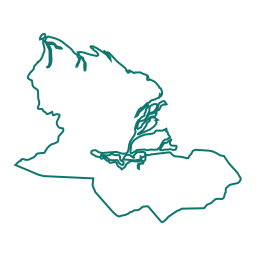 map outline of Delta Amacuro (orthographic projection)
{"feature_id": "VEN-65", "entity_name": "Delta Amacuro", "entity_type": "State", "adm_level": 1, "iso_a3": "VEN", "parent_name": "Venezuela", "parent_adm1": "", "projection": "orthographic", "projection_center": [-61.33, 8.902], "detail": "fine", "context": "isolated", "style": "outline", "palette": "teal", "viewbox_px": 256, "rotation_deg": 0, "n_neighbors": 0, "source": "natural_earth", "source_scale": "10m", "svg_char_len": 5828}
<svg xmlns="http://www.w3.org/2000/svg" viewBox="0 0 256 256"><path d="M223.9,156.0L228.9,163.3L237.4,172.8L240.6,178.1L240.6,179.7L239.5,181.6L238.0,183.0L230.6,184.6L229.2,185.3L226.3,187.9L225.7,189.2L225.8,192.2L224.9,193.5L224.2,196.7L223.4,198.2L222.0,199.0L217.0,198.8L215.3,199.3L211.0,203.1L207.1,204.7L204.1,208.2L181.7,208.7L179.6,210.0L177.2,210.8L168.5,216.7L166.4,219.1L163.7,221.4L162.2,222.1L161.2,221.7L148.3,206.6L147.1,206.3L142.8,206.7L139.4,209.5L137.3,210.2L134.2,210.3L131.7,211.8L130.0,212.2L128.2,213.8L125.0,215.0L121.4,215.7L119.4,216.5L117.0,215.6L112.8,211.9L95.4,192.2L93.0,186.6L92.6,184.8L93.3,178.4L43.7,176.1L38.4,174.7L15.4,165.0L18.9,161.5L20.9,160.8L21.1,159.7L22.0,159.2L23.2,159.1L26.3,159.9L28.5,159.7L34.1,157.1L35.7,155.5L36.2,154.4L37.6,153.5L44.4,152.8L46.9,148.6L49.1,146.1L51.7,144.2L53.8,143.7L56.7,142.4L57.7,141.7L58.2,140.6L58.6,136.4L62.8,131.8L63.4,130.4L63.1,128.5L59.3,127.7L58.0,126.3L57.0,124.5L56.7,122.6L57.2,120.9L59.5,116.2L59.4,114.7L56.7,114.1L53.4,115.3L52.9,114.9L52.1,111.9L48.2,113.9L46.9,114.0L45.3,112.3L43.5,111.2L42.3,109.1L38.6,108.8L37.9,108.4L38.0,107.1L39.2,103.8L39.1,100.9L38.5,99.8L38.2,97.5L38.0,90.7L37.2,89.6L33.7,87.2L32.7,85.7L31.9,80.5L29.1,79.2L28.1,78.2L27.9,76.9L28.4,75.6L30.1,72.9L33.4,69.5L34.3,66.2L37.8,62.4L37.7,61.1L38.2,62.1L40.5,59.9L42.1,57.2L44.4,50.9L44.5,48.3L43.2,43.2L43.2,40.2L44.7,41.3L46.1,43.1L49.0,48.9L49.5,50.7L49.7,62.2L48.8,65.7L46.5,67.7L49.2,66.8L50.8,64.1L51.5,60.5L51.0,50.3L50.5,48.4L48.2,43.6L54.3,44.5L56.0,47.6L56.8,48.0L61.0,48.7L61.6,48.7L61.8,48.4L60.2,47.3L56.8,46.4L54.3,43.6L53.0,43.0L52.0,42.6L47.2,42.5L46.1,42.0L44.9,40.8L46.5,37.8L48.1,36.5L55.0,38.3L59.0,39.9L61.9,41.6L70.0,48.0L71.5,49.3L73.9,52.6L77.5,55.2L77.8,56.9L79.2,58.7L78.3,62.0L76.7,65.0L76.4,66.7L76.9,66.7L79.1,62.2L80.3,57.7L81.7,57.8L84.6,62.7L84.2,64.3L84.6,71.2L85.4,69.5L85.7,67.7L85.6,63.2L83.8,60.4L83.0,57.7L80.3,56.6L77.8,52.3L80.9,52.0L83.9,52.6L90.2,54.6L96.8,56.0L98.3,55.0L98.0,53.8L96.0,51.5L93.5,50.0L93.2,48.8L92.1,48.5L91.0,47.6L90.5,46.6L90.9,46.3L93.3,46.4L97.6,48.6L106.2,54.4L110.5,59.7L110.2,57.5L108.2,55.0L107.7,53.5L105.3,52.6L104.0,51.3L104.3,51.1L105.5,52.1L108.2,52.5L109.2,53.0L117.4,61.7L125.5,68.3L126.4,70.8L128.0,72.7L129.1,72.3L127.8,70.6L129.8,70.6L134.1,73.1L135.6,72.3L136.1,72.5L140.3,72.4L143.3,73.9L146.5,75.0L147.8,75.9L148.3,77.3L147.5,77.0L147.2,76.2L147.2,79.6L147.8,80.1L149.7,79.6L151.0,79.9L154.4,81.6L155.8,82.7L158.9,86.4L159.3,87.7L161.0,88.5L162.1,92.3L162.0,94.3L161.0,95.9L160.6,94.8L160.0,94.1L159.0,97.7L156.7,98.4L154.9,99.5L152.2,100.1L150.5,100.9L149.7,102.3L147.2,103.1L142.7,107.5L140.8,108.1L139.3,109.2L137.8,111.6L135.6,116.6L136.8,116.1L137.8,115.1L139.3,112.2L145.9,106.3L148.0,105.1L148.3,106.5L146.1,109.3L145.6,111.8L144.5,113.7L144.5,115.2L144.1,116.0L141.7,117.1L138.9,120.2L138.3,120.2L136.6,123.2L135.2,127.9L135.0,129.2L135.6,131.7L134.4,135.2L130.1,141.6L129.0,145.2L128.6,149.1L127.7,152.0L125.8,153.6L122.3,153.7L116.5,151.9L102.4,153.0L98.8,152.2L95.7,150.2L94.1,150.3L92.5,150.6L91.4,151.4L91.2,153.0L91.9,153.9L96.2,156.4L100.0,157.2L101.2,158.7L104.3,158.1L106.6,160.6L108.6,161.2L109.5,162.6L111.1,162.8L115.6,162.0L116.4,162.6L117.8,166.0L120.8,168.1L121.7,169.4L124.2,167.6L125.3,166.5L126.2,164.2L130.0,161.5L131.8,161.1L137.0,161.5L140.8,160.8L142.5,160.9L142.8,162.0L141.5,163.2L138.4,163.7L137.8,165.1L137.8,167.8L138.1,168.5L138.9,168.8L138.9,166.0L139.3,164.5L140.6,163.7L143.1,163.5L143.9,161.3L145.3,159.9L145.7,155.6L146.7,154.7L148.2,155.3L151.4,154.4L169.6,152.3L171.1,153.3L172.7,155.1L175.0,156.3L181.6,156.9L186.9,158.2L188.3,158.0L189.4,155.8L191.1,154.1L192.9,150.8L195.5,149.8L209.6,150.7L212.9,151.5L216.0,152.9L220.4,155.4L223.9,156.0ZM144.9,134.6L152.4,133.6L154.1,133.0L155.9,130.6L162.6,130.6L166.3,128.8L166.7,129.9L165.9,130.9L166.4,131.6L167.5,132.0L168.1,134.4L169.1,135.4L170.1,137.2L167.0,139.4L165.1,139.6L163.3,141.1L160.9,145.0L160.3,146.8L157.1,149.6L154.0,149.8L151.1,149.5L147.2,150.3L144.4,149.5L137.1,150.0L132.3,153.1L130.9,153.1L130.4,152.4L131.2,144.6L132.1,142.7L134.5,139.9L137.0,138.1L139.8,136.5L144.9,134.6ZM143.4,151.9L145.0,152.5L145.3,154.6L144.2,156.5L142.5,157.4L140.6,156.4L140.5,157.5L141.3,159.4L134.5,160.4L125.9,159.6L122.8,159.7L124.8,156.2L126.3,155.1L128.4,154.7L130.1,155.2L132.7,157.3L134.5,158.1L133.4,156.7L133.5,156.0L136.7,152.5L137.7,152.2L143.4,151.9ZM151.1,117.7L152.9,117.3L154.7,117.7L157.7,119.9L155.5,120.5L156.7,122.4L155.6,124.8L153.4,127.0L150.0,129.5L139.2,134.1L137.3,134.5L143.3,129.8L146.1,125.7L147.0,123.0L149.7,120.8L150.1,118.5L151.1,117.7ZM113.1,154.3L114.8,155.1L119.2,155.1L120.0,156.6L120.2,159.7L121.2,160.7L123.6,162.1L123.4,164.5L122.3,165.0L120.9,164.5L119.0,162.9L118.3,161.4L117.3,160.1L112.3,160.3L109.6,159.8L106.8,157.6L105.0,156.7L103.5,156.6L101.0,155.6L101.3,154.8L106.2,155.4L109.2,155.3L111.0,154.2L113.1,154.3ZM164.1,143.1L166.8,142.7L170.9,139.4L171.2,139.6L170.0,142.1L170.0,143.7L170.7,145.1L171.7,145.6L176.1,145.8L176.7,146.9L175.6,149.7L172.9,149.9L171.1,149.3L169.4,149.2L167.9,149.6L164.3,149.6L163.2,150.2L160.2,150.0L160.1,149.3L164.1,143.1ZM137.8,129.0L136.9,128.1L138.3,123.0L139.1,121.7L144.5,120.0L149.0,114.6L150.3,113.8L152.2,113.6L156.6,112.1L156.4,114.3L156.1,114.9L156.1,114.3L155.4,115.8L154.7,116.4L151.9,116.6L150.6,117.0L149.3,117.9L142.5,124.2L141.1,127.2L137.8,129.0ZM154.9,110.4L153.6,111.9L149.5,113.3L147.8,114.3L149.2,111.5L149.8,106.5L152.1,104.8L155.0,104.0L156.5,104.1L157.2,105.1L157.0,106.6L156.5,108.2L154.9,110.9L154.9,110.4ZM159.4,103.1L162.4,101.3L164.2,101.1L166.6,104.2L165.7,104.6L163.3,104.5L161.0,105.9L159.8,108.7L158.9,110.0L157.2,110.4L158.5,104.6L159.4,103.1ZM44.6,33.9L45.4,35.8L45.0,36.9L43.2,38.5L40.0,39.4L39.9,38.3L40.9,36.1L42.4,34.4L44.6,33.9Z" fill="none" stroke="#0f766e" stroke-width="2"/></svg>